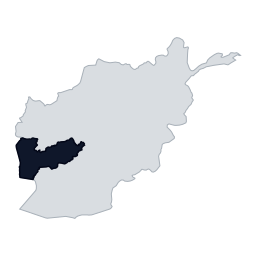 location of Farah within Afghanistan
{"feature_id": "AFG-1749", "entity_name": "Farah", "entity_type": "Province", "adm_level": 1, "iso_a3": "AFG", "parent_name": "Afghanistan", "parent_adm1": "", "projection": "albers", "projection_center": [62.843, 32.453], "detail": "fine", "context": "in_parent", "style": "filled", "palette": "ink", "viewbox_px": 256, "rotation_deg": 0, "n_neighbors": 0, "source": "natural_earth", "source_scale": "10m", "svg_char_len": 7999}
<svg xmlns="http://www.w3.org/2000/svg" viewBox="0 0 256 256"><path d="M109.9,62.8L115.4,62.1L119.2,62.7L121.3,64.5L123.2,64.9L125.1,63.9L126.2,63.7L126.7,64.3L127.7,64.5L129.1,64.3L130.0,64.8L130.2,66.0L131.3,67.4L133.4,69.1L135.1,69.5L137.3,68.0L138.0,68.1L138.4,67.6L138.6,66.6L139.9,65.6L142.3,64.5L143.7,63.7L144.1,63.0L145.0,62.8L145.9,62.9L146.5,62.6L147.0,61.7L147.8,61.3L148.6,61.4L152.2,64.5L153.6,65.4L154.2,65.2L155.8,63.3L155.9,61.7L155.3,59.6L155.5,57.9L156.6,56.5L158.6,55.6L161.6,55.1L163.4,55.2L164.2,55.8L165.1,56.1L166.3,56.1L167.3,55.3L168.2,53.6L168.1,51.6L167.1,49.4L167.2,48.6L168.7,47.3L170.2,45.5L171.6,43.1L172.8,40.3L174.6,38.4L176.7,37.6L179.4,38.1L182.7,40.0L184.1,42.6L183.6,45.8L183.6,47.5L184.3,47.8L187.8,46.9L188.3,47.3L188.4,48.2L187.9,49.6L187.6,53.3L187.2,62.6L189.2,68.0L190.4,70.0L191.5,70.7L192.6,70.8L193.7,70.5L195.7,68.9L198.8,66.1L201.9,64.2L206.4,62.9L207.7,60.0L209.7,57.9L214.3,54.7L216.9,53.4L218.4,53.1L222.2,53.8L222.4,54.6L222.3,55.5L221.3,56.3L221.0,56.9L221.5,57.3L223.0,57.3L229.2,54.8L230.5,52.9L231.9,52.7L234.6,53.1L236.7,52.7L237.9,53.3L240.6,55.4L239.9,55.6L238.7,55.3L238.0,54.6L235.5,55.9L232.8,57.7L232.9,58.1L235.7,60.1L230.6,63.1L228.3,64.7L227.7,64.8L224.0,63.9L213.9,65.3L206.2,66.8L203.4,68.3L200.6,69.1L199.2,69.9L198.4,71.3L194.3,74.5L193.6,75.6L191.3,75.8L189.0,78.7L185.7,82.3L185.0,83.9L185.6,84.7L187.7,85.8L188.6,86.8L190.2,89.9L191.0,92.1L191.9,93.1L192.6,95.7L191.8,97.3L191.9,98.1L193.3,100.0L193.0,100.7L192.2,101.7L191.0,104.4L188.6,106.6L187.6,108.4L186.0,110.4L185.3,112.1L184.6,113.0L183.8,113.5L184.1,114.4L184.9,115.4L186.1,116.5L186.4,121.3L185.9,122.8L182.7,124.3L179.6,125.1L175.8,125.4L174.3,125.3L168.9,123.9L167.3,124.9L167.1,127.1L170.3,130.3L171.7,132.2L173.3,135.3L174.5,136.9L174.2,138.5L168.9,142.3L165.4,142.8L163.2,143.6L162.2,144.5L161.6,148.2L160.9,149.6L161.0,151.2L160.4,153.0L159.3,154.2L158.6,156.2L159.9,165.8L156.8,169.8L155.1,171.3L153.4,172.1L152.0,171.9L150.0,169.8L148.7,169.0L147.5,169.3L146.2,170.1L144.2,170.0L142.4,169.3L141.5,169.4L141.1,170.2L139.3,172.0L134.8,174.7L132.9,175.0L132.1,175.6L132.5,176.6L133.4,177.5L134.8,178.0L134.9,178.7L132.6,180.1L130.3,181.0L127.6,181.4L124.7,181.1L123.2,180.0L121.4,180.0L119.9,180.9L118.3,182.3L116.2,185.7L112.9,188.0L112.2,190.1L111.3,193.9L111.8,199.5L111.5,202.0L110.8,203.7L111.0,204.9L112.1,206.4L111.7,207.3L110.8,208.4L109.9,209.0L91.7,214.9L88.8,215.1L87.2,214.9L82.0,214.9L79.9,215.4L77.7,216.1L76.1,217.1L74.9,218.4L72.7,217.7L65.8,216.4L47.3,218.2L45.6,217.9L19.7,209.1L35.8,190.4L36.3,188.8L36.4,185.7L35.4,181.6L33.9,179.7L20.0,177.3L19.5,174.0L19.8,172.6L19.6,169.8L19.6,167.7L20.3,164.2L20.4,162.6L16.3,146.7L16.3,145.2L19.0,141.6L22.3,138.2L22.1,137.5L20.5,137.1L18.0,137.0L16.7,136.4L15.7,135.4L15.4,134.0L16.1,131.5L15.5,126.5L18.1,122.5L22.1,122.3L20.1,119.2L19.7,118.9L19.6,118.4L19.8,117.9L20.8,117.7L23.2,115.8L23.3,114.7L25.4,111.9L25.2,110.6L26.5,107.3L25.9,105.0L25.8,103.8L27.2,103.1L28.2,99.9L28.7,99.2L28.8,98.4L28.5,97.1L29.8,96.9L31.0,98.6L32.9,100.3L34.1,100.8L35.7,101.1L39.2,100.6L39.9,100.7L43.5,103.7L44.2,104.5L44.4,105.6L45.0,106.0L46.3,104.8L47.5,104.4L49.8,104.8L51.1,104.4L56.9,100.7L57.4,98.3L57.9,96.9L58.7,96.1L57.7,93.4L58.1,92.9L58.9,92.6L60.8,92.6L69.6,89.6L72.0,89.6L72.5,89.3L72.6,88.5L73.2,87.6L77.4,85.3L79.8,83.1L80.6,81.4L84.3,67.6L86.4,66.4L88.5,65.5L95.7,65.1L97.0,60.8L97.6,59.8L98.8,58.8L104.2,61.6L109.9,62.8Z" fill="#d9dde1" stroke="#a8b0b8" stroke-width="1"/><path d="M33.0,179.5L20.5,177.5L20.0,177.3L19.8,175.5L19.6,174.5L19.6,174.1L19.8,172.6L19.6,170.8L19.6,169.9L19.7,168.7L19.7,168.2L19.6,167.8L19.5,167.6L19.7,167.2L19.4,166.9L19.5,166.6L20.0,166.1L20.1,165.7L20.3,164.2L20.4,162.6L19.2,157.8L16.5,148.0L16.3,146.7L16.3,145.2L16.5,144.9L19.6,140.8L20.1,140.4L20.6,140.1L20.8,139.9L20.9,139.5L20.9,139.1L20.8,138.8L20.9,138.5L21.2,138.4L21.9,138.3L22.2,138.2L22.3,138.0L23.2,138.1L24.1,138.6L26.3,139.1L27.4,139.2L29.7,139.0L30.0,139.0L30.5,139.2L30.9,139.2L31.4,139.0L31.6,138.9L31.9,138.4L32.0,138.3L32.2,138.2L32.6,138.1L33.3,138.1L34.1,138.3L34.3,138.6L34.6,138.6L35.1,138.6L36.3,138.7L37.4,138.9L37.5,139.1L37.6,139.4L37.5,139.6L37.4,139.8L37.2,140.0L37.0,140.4L37.0,141.2L37.0,141.5L36.9,141.7L36.6,142.0L36.3,142.1L36.1,142.4L35.9,142.6L35.8,142.9L35.9,143.1L36.5,143.8L37.3,145.0L37.2,145.2L37.1,145.4L36.6,145.7L36.5,145.9L36.2,146.2L35.6,146.8L35.4,146.9L35.3,147.0L35.2,147.4L35.0,147.5L34.7,147.7L34.6,147.8L34.4,148.2L34.3,148.9L34.3,149.6L34.3,149.9L34.4,150.1L34.5,150.2L34.7,150.3L34.9,150.3L35.9,150.4L36.0,150.4L36.1,150.5L36.4,150.9L37.0,151.6L37.4,151.8L37.5,151.8L37.7,151.6L38.4,150.9L39.2,150.3L39.5,150.2L39.7,150.3L39.8,150.3L39.8,150.8L39.8,151.1L39.9,151.4L39.9,151.7L40.0,151.8L40.1,152.0L40.3,152.4L40.5,152.5L41.0,152.5L41.3,152.3L41.8,151.8L42.0,151.7L42.7,151.5L44.0,151.4L44.7,151.3L45.0,151.3L45.3,151.3L45.5,151.3L45.5,150.9L45.9,149.8L46.0,149.7L45.9,149.3L45.9,149.1L45.9,148.9L46.0,148.6L46.1,148.4L46.3,148.3L46.5,148.2L46.9,147.8L47.4,147.5L48.1,147.1L48.3,147.1L48.5,147.1L49.1,147.3L49.3,147.4L49.5,147.4L50.3,147.2L51.0,147.0L51.2,146.9L51.4,146.7L51.5,146.6L51.6,146.4L51.6,146.2L51.8,146.0L51.9,145.9L52.5,146.0L52.8,145.9L53.0,145.9L54.4,145.4L54.8,145.3L54.8,145.6L54.8,145.8L56.3,145.3L56.8,144.8L56.9,144.6L56.9,144.3L57.0,144.0L57.3,143.2L57.5,142.8L57.6,142.5L57.7,142.4L58.1,142.3L58.4,142.1L58.9,142.3L59.5,142.3L60.9,141.9L64.2,141.7L65.1,141.5L65.7,141.3L66.3,140.8L66.7,140.6L67.2,140.3L67.9,140.2L69.0,140.1L69.4,139.8L69.7,139.4L70.0,139.0L70.2,138.8L70.5,138.5L71.3,138.2L71.7,138.1L72.3,138.4L72.5,138.7L73.5,140.2L74.0,141.4L74.0,141.5L74.0,141.8L74.1,142.2L74.1,142.5L74.2,142.8L74.4,142.9L74.6,142.9L74.8,143.0L75.0,143.4L75.3,143.6L75.4,143.8L75.9,144.7L76.0,144.9L76.1,145.0L76.4,144.9L76.6,144.9L76.7,145.0L77.0,145.3L77.7,145.7L77.8,145.7L78.0,145.5L78.3,145.4L78.8,145.4L79.0,145.3L79.0,145.2L78.9,145.0L78.6,144.7L78.6,144.4L79.2,144.3L79.5,144.2L79.8,144.0L80.0,143.8L80.1,143.6L80.3,143.5L80.5,143.0L80.9,142.0L81.1,141.8L81.3,141.8L81.5,141.8L81.7,142.1L81.9,142.3L82.1,142.5L82.3,142.5L82.6,142.5L83.2,142.5L83.3,142.6L83.5,142.6L83.6,143.0L84.2,143.6L84.4,143.9L84.4,144.0L83.9,144.5L83.8,144.8L83.8,145.1L83.8,145.3L84.1,145.4L82.6,146.6L82.3,146.9L82.2,147.1L81.9,147.5L81.7,147.7L81.6,147.8L81.7,148.0L81.8,148.0L81.7,148.4L81.5,148.6L81.3,149.1L81.3,149.3L81.8,149.5L81.9,149.8L81.7,149.9L79.6,150.8L79.2,150.9L78.9,151.0L78.6,151.5L78.3,151.8L78.1,152.2L78.0,152.3L78.0,152.5L77.8,152.8L77.1,153.3L76.9,153.6L76.7,153.9L76.7,154.1L76.8,154.3L77.0,154.3L77.4,154.6L77.4,154.8L77.3,155.0L77.3,155.3L77.2,155.5L76.9,155.7L76.2,156.1L75.6,156.4L75.4,156.5L74.6,156.5L73.4,156.8L73.1,156.8L73.1,156.6L73.0,156.4L72.9,156.4L72.8,156.5L72.5,156.7L72.5,156.9L72.5,157.3L72.5,157.7L72.5,157.8L72.7,158.0L72.8,158.2L72.9,158.6L72.9,158.9L72.8,159.0L72.5,159.1L72.3,159.3L72.1,159.5L71.9,159.8L71.7,159.9L71.4,159.7L71.2,159.8L70.1,160.8L69.9,161.0L69.8,161.3L69.7,161.4L69.0,161.3L68.8,161.3L68.1,161.5L67.9,161.6L67.0,162.5L66.8,162.7L66.5,162.9L65.3,163.5L64.9,163.8L64.5,163.8L61.4,163.1L59.7,163.0L58.9,162.8L58.7,162.8L58.4,163.0L58.1,163.4L57.9,163.6L57.8,163.8L57.7,164.3L57.6,164.5L57.6,166.0L57.5,166.4L57.4,166.6L57.2,166.8L57.0,167.1L56.7,167.4L56.1,167.8L55.8,168.0L54.9,168.2L54.0,168.2L53.9,168.2L52.4,168.8L51.9,169.1L51.7,169.0L51.5,168.9L49.6,166.7L49.3,166.5L49.1,166.5L48.5,166.4L48.2,166.3L46.1,166.9L39.3,167.3L39.2,167.4L39.2,167.5L39.2,167.8L39.3,168.1L39.4,168.6L39.4,168.8L39.1,169.1L38.0,169.6L37.9,169.8L37.8,170.0L37.7,170.2L37.7,170.3L37.8,170.8L37.9,171.2L37.9,171.3L37.8,171.5L37.7,171.7L37.5,172.0L37.0,172.5L36.7,172.7L36.3,173.2L35.5,174.6L35.0,175.3L34.6,175.5L34.2,175.4L34.0,175.5L33.9,175.6L33.9,176.0L34.0,176.3L34.1,176.5L34.1,176.9L34.0,177.1L33.8,177.3L33.6,177.4L33.4,177.2L33.2,177.3L33.1,177.1L33.0,177.3L33.1,177.6L33.2,177.8L33.4,177.9L33.4,178.0L33.3,178.3L33.4,178.7L33.3,178.8L33.2,179.0L33.0,179.5Z" fill="#0f172a" stroke="#020617" stroke-width="1.5"/></svg>